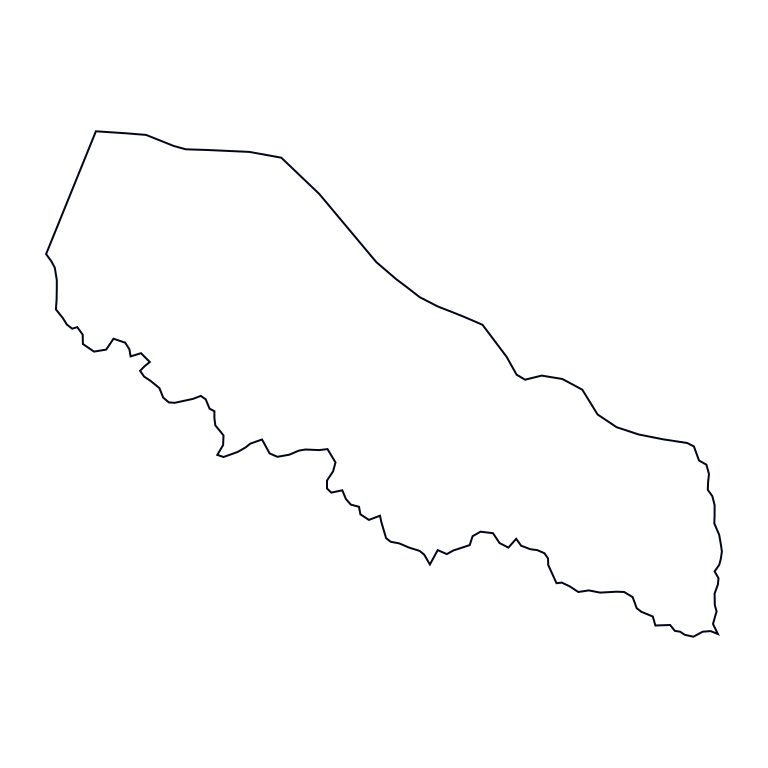 Lagoa Santa, Goiás, Brazil
{"feature_id": "56859067B16528022639352", "entity_name": "Lagoa Santa", "entity_type": "district", "adm_level": 2, "iso_a3": "BRA", "parent_name": "Brazil", "parent_adm1": "Goiás", "projection": "robinson", "projection_center": [-51.261, -19.187], "detail": "fine", "context": "isolated", "style": "outline", "palette": "ink", "viewbox_px": 768, "rotation_deg": 0, "n_neighbors": 0, "source": "geoboundaries", "source_scale": "gbopen_adm2", "svg_char_len": 2032}
<svg xmlns="http://www.w3.org/2000/svg" viewBox="0 0 768 768"><path d="M717.9,634.0L713.0,624.0L714.8,617.4L716.6,611.5L714.8,605.1L714.6,593.6L717.9,584.5L718.5,578.2L714.6,571.4L719.2,564.9L720.8,559.0L721.9,551.5L720.8,544.0L719.2,534.9L714.3,523.4L714.6,514.9L714.6,505.1L712.3,496.1L707.8,489.9L708.1,481.8L709.0,474.1L706.4,464.7L699.0,460.5L693.9,446.4L687.2,443.0L663.0,439.3L638.7,434.5L616.6,427.2L597.6,414.5L582.3,389.7L562.4,379.0L541.7,375.6L525.1,379.7L516.6,374.7L506.6,356.8L482.5,324.8L463.0,316.4L437.2,306.2L419.6,297.1L406.6,287.0L396.1,279.1L376.3,262.1L319.3,194.0L281.3,157.7L249.3,151.9L207.6,150.0L185.8,149.3L173.8,146.0L146.0,134.9L126.2,133.3L95.9,131.3L46.1,254.1L51.5,261.5L54.8,267.7L56.8,280.1L56.8,289.3L56.6,299.7L55.9,309.4L62.8,318.0L66.8,324.5L72.2,328.7L77.2,327.1L82.7,334.6L82.9,344.0L94.0,351.6L106.2,349.6L113.5,338.7L125.2,342.7L129.4,349.3L130.6,356.4L141.0,353.2L149.8,362.0L144.6,366.2L140.1,370.8L144.1,376.6L150.6,380.9L159.4,388.1L163.2,397.6L168.8,402.4L174.8,402.8L192.9,398.9L200.8,395.9L205.7,399.3L209.6,408.7L214.4,411.2L214.4,418.1L215.3,425.3L223.5,435.4L223.1,445.1L217.3,454.9L223.5,457.0L237.6,452.0L245.6,447.4L250.4,443.6L262.0,439.5L265.8,446.4L269.6,453.4L277.4,456.8L289.3,454.7L298.6,450.7L305.4,449.5L319.2,450.1L327.5,449.1L335.5,462.4L333.1,471.3L327.0,480.5L327.0,488.5L331.3,492.6L342.3,490.3L345.9,499.0L350.8,504.6L359.0,506.8L360.4,514.3L368.9,519.9L380.0,515.7L381.3,521.9L386.1,538.2L390.8,541.8L399.3,543.4L409.1,547.6L419.6,550.9L424.1,554.5L429.9,564.5L437.7,550.1L446.8,554.1L453.3,550.5L469.7,545.1L472.6,536.2L480.5,531.7L493.0,533.2L499.5,543.0L508.4,547.6L516.2,538.8L521.1,545.7L530.3,549.2L537.2,550.1L544.4,553.2L548.0,558.4L548.2,564.9L556.5,583.2L561.8,582.6L569.8,586.4L578.3,592.0L588.8,590.4L600.1,592.6L616.6,591.7L624.2,592.0L632.7,597.2L636.7,608.2L641.5,611.9L652.8,616.5L655.4,625.5L670.1,625.0L674.9,630.9L680.1,631.7L684.8,634.8L693.4,636.7L702.7,631.7L710.6,631.1L717.9,634.0Z" fill="none" stroke="#020617" stroke-width="2"/></svg>